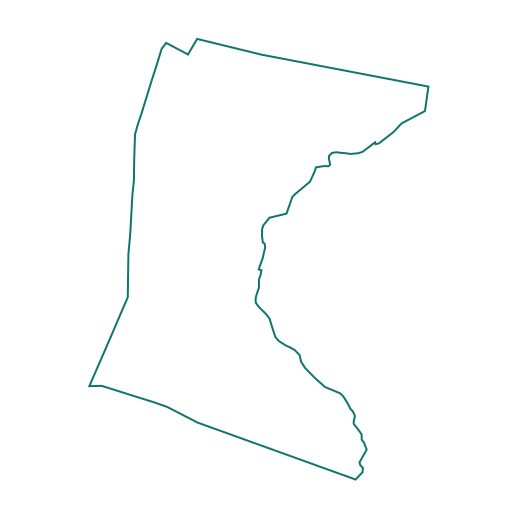 Santiago Apóstol, Oaxaca, Mexico (Albers equal-area conic projection), rotated 279°
{"feature_id": "50627088B59786847930457", "entity_name": "Santiago Apóstol", "entity_type": "district", "adm_level": 2, "iso_a3": "MEX", "parent_name": "Mexico", "parent_adm1": "Oaxaca", "projection": "albers", "projection_center": [-96.73, 16.793], "detail": "fine", "context": "isolated", "style": "outline", "palette": "teal", "viewbox_px": 512, "rotation_deg": 279, "n_neighbors": 0, "source": "geoboundaries", "source_scale": "gbopen_adm2", "svg_char_len": 1689}
<svg xmlns="http://www.w3.org/2000/svg" viewBox="0 0 512 512"><g transform="rotate(279 256 256)"><path d="M82.3,224.4L50.8,389.3L59.1,395.0L63.4,394.8L65.4,392.0L68.4,390.5L82.0,395.6L88.7,391.8L90.9,389.2L96.4,388.2L101.4,383.2L105.3,378.9L107.1,378.4L113.5,378.7L117.5,376.1L119.9,373.0L123.1,370.9L128.4,366.5L131.2,363.9L133.6,360.4L137.3,344.8L145.1,332.7L153.2,321.9L158.6,317.1L164.9,314.6L169.2,308.9L171.1,303.7L172.3,299.3L175.6,291.8L179.0,287.8L185.0,284.7L196.4,279.1L200.6,274.5L205.2,268.0L209.4,263.4L212.0,262.5L215.7,262.3L220.3,263.0L225.3,263.9L233.0,262.6L238.2,263.5L242.8,263.6L243.2,260.7L254.5,262.9L265.9,263.7L269.4,262.7L270.5,260.6L276.8,258.8L280.2,258.3L282.3,257.9L283.0,257.8L287.3,258.4L295.9,263.3L302.6,279.5L320.3,282.7L323.3,285.0L337.9,297.7L347.1,300.3L353.1,301.5L353.5,303.4L354.3,305.3L355.5,309.5L356.0,313.5L357.8,315.0L363.6,312.7L366.3,312.5L369.7,314.9L371.1,319.4L371.1,322.7L371.5,328.0L371.6,333.5L373.4,340.6L375.5,344.9L378.5,347.8L386.9,355.8L385.1,356.6L386.4,359.7L400.0,372.5L409.8,379.1L425.6,400.2L450.3,399.8L455.7,229.9L461.2,163.9L444.4,157.3L452.4,133.9L445.8,130.4L428.1,127.9L410.3,125.1L380.6,120.9L366.1,118.5L357.0,117.5L333.1,120.5L313.6,123.3L313.2,123.5L311.4,123.6L309.6,123.7L307.5,123.8L305.8,123.9L298.2,124.3L297.5,124.3L290.7,125.0L284.8,125.6L278.3,126.3L276.7,126.4L275.2,126.6L268.3,127.3L260.2,128.1L257.7,128.3L251.5,128.8L240.7,129.5L238.4,129.6L235.7,130.0L218.2,132.5L216.2,132.8L195.2,135.8L178.8,131.6L169.6,129.3L151.4,124.7L147.6,123.7L144.9,123.0L124.7,117.8L114.7,115.2L105.9,112.9L101.4,111.8L103.6,123.8L95.3,179.6L93.0,192.0L82.3,224.4Z" fill="none" stroke="#0f766e" stroke-width="2"/></g></svg>